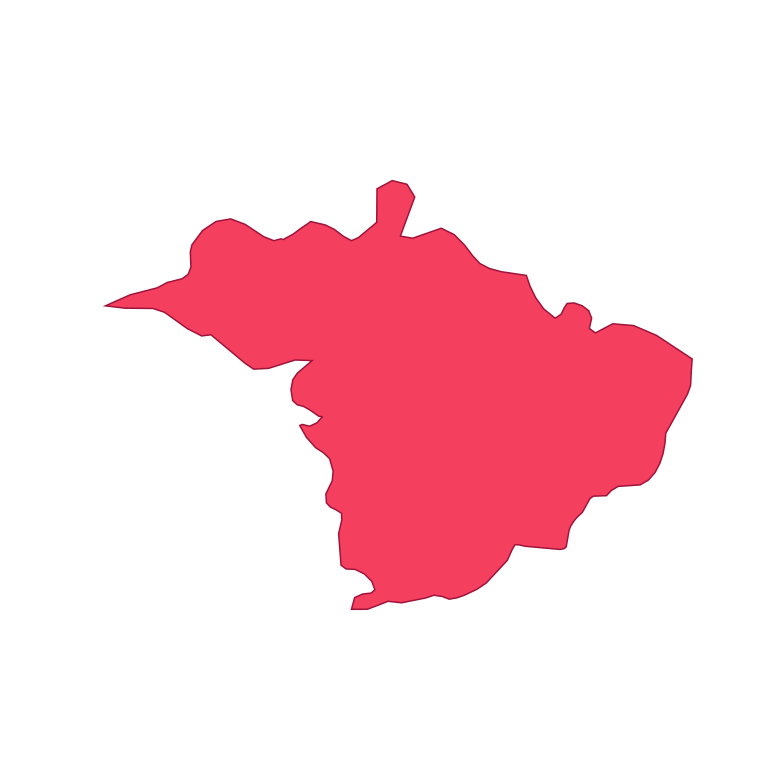 map outline of Al Minufiyah (Mercator projection), rotated 126°
{"feature_id": "EGY-1532", "entity_name": "Al Minufiyah", "entity_type": "Governorate", "adm_level": 1, "iso_a3": "EGY", "parent_name": "Egypt", "parent_adm1": "", "projection": "mercator", "projection_center": [31.025, 30.446], "detail": "fine", "context": "isolated", "style": "filled", "palette": "rose", "viewbox_px": 768, "rotation_deg": 126, "n_neighbors": 0, "source": "natural_earth", "source_scale": "10m", "svg_char_len": 1947}
<svg xmlns="http://www.w3.org/2000/svg" viewBox="0 0 768 768"><g transform="rotate(126 384 384)"><path d="M384.2,621.2L366.5,621.0L351.2,615.4L340.5,605.0L336.5,590.2L335.5,567.8L332.8,557.3L327.3,552.9L326.3,550.4L316.1,545.6L306.5,542.6L298.3,539.6L295.7,538.9L289.8,524.9L288.1,514.8L288.4,503.6L287.1,494.5L280.7,490.8L257.5,484.9L230.2,504.4L214.6,496.9L208.9,482.7L214.7,469.0L254.7,457.7L249.2,446.5L224.3,429.2L221.9,414.9L224.3,400.4L228.2,387.4L230.2,377.2L228.6,366.7L224.3,355.3L212.5,332.7L219.0,323.4L225.1,311.9L229.4,298.7L230.2,284.2L223.3,281.7L216.8,282.9L211.2,283.2L206.7,277.9L204.2,269.6L204.4,261.4L208.7,254.7L218.4,250.5L218.4,243.0L200.8,234.3L190.0,216.4L184.5,192.1L182.6,149.4L193.7,142.5L205.0,135.1L213.9,132.5L258.2,127.1L266.9,121.8L276.6,117.2L286.0,114.2L296.3,112.7L306.2,113.6L315.1,117.5L329.2,134.4L336.6,137.5L343.6,138.4L351.8,148.8L355.8,150.0L371.2,148.1L378.7,149.5L383.3,149.8L389.8,149.4L393.9,148.1L408.6,140.9L411.2,141.4L414.4,144.4L432.1,174.1L434.8,180.2L436.9,183.5L441.5,183.2L454.2,180.6L484.7,184.3L495.3,188.1L507.6,194.8L514.0,199.2L519.7,204.7L521.6,211.8L525.4,219.3L532.6,224.5L550.7,241.2L557.4,253.0L576.0,265.0L585.4,277.9L574.1,282.2L566.4,277.8L560.8,271.6L555.9,270.4L550.9,277.8L549.2,288.2L551.0,298.5L555.9,305.9L555.9,312.2L531.8,332.7L518.2,338.5L517.3,339.6L513.6,342.2L513.9,348.2L515.1,355.3L514.0,360.7L507.1,366.4L492.7,369.0L484.5,373.8L476.4,384.1L475.2,392.5L475.7,402.0L472.7,415.5L467.1,427.8L464.7,426.3L461.9,419.4L455.0,415.5L447.1,414.7L446.4,414.2L448.4,417.7L448.6,429.2L449.5,436.1L451.8,442.0L451.1,448.1L443.3,455.9L434.1,460.3L426.2,460.5L407.3,455.9L416.8,470.0L439.2,486.6L448.6,498.2L448.9,508.3L445.9,552.9L452.3,559.8L454.8,575.6L455.0,603.8L458.7,615.3L475.0,638.3L484.5,655.3L471.1,647.6L460.9,641.7L439.5,624.0L429.2,619.0L417.5,609.2L410.5,606.9L402.9,608.9L390.9,618.4L384.2,621.2Z" fill="#f43f5e" stroke="#9f1239" stroke-width="1.5"/></g></svg>